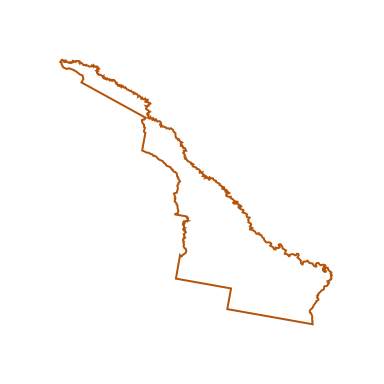 the district of San Diego, Cesar, Colombia, rotated 100°
{"feature_id": "7082276B78047797507683", "entity_name": "San Diego", "entity_type": "district", "adm_level": 2, "iso_a3": "COL", "parent_name": "Colombia", "parent_adm1": "Cesar", "projection": "equal_earth", "projection_center": [-73.366, 10.112], "detail": "fine", "context": "isolated", "style": "outline", "palette": "amber", "viewbox_px": 384, "rotation_deg": 100, "n_neighbors": 0, "source": "geoboundaries", "source_scale": "gbopen_adm2", "svg_char_len": 5971}
<svg xmlns="http://www.w3.org/2000/svg" viewBox="0 0 384 384"><g transform="rotate(100 192 192)"><path d="M247.0,40.9L245.2,44.1L243.1,45.2L243.5,47.2L245.0,48.1L246.7,46.3L247.3,46.5L247.7,47.0L247.2,48.3L246.6,49.2L245.2,49.7L242.8,49.2L241.8,47.7L241.0,48.0L240.7,50.0L241.7,52.4L241.3,53.8L239.9,55.2L240.4,56.8L241.7,57.6L243.4,56.6L244.1,57.0L243.7,59.0L241.5,60.9L241.5,64.0L239.6,66.3L240.8,68.1L241.3,70.2L244.1,70.5L244.2,71.1L242.9,72.5L240.6,72.9L238.1,76.8L236.0,75.9L234.5,76.7L234.7,78.0L235.9,78.5L236.5,79.5L235.8,80.9L235.7,82.4L236.9,84.9L238.2,84.8L238.4,85.4L236.9,87.1L236.7,89.9L233.2,89.3L231.9,93.0L230.3,93.5L228.1,95.7L228.3,96.9L229.2,97.5L231.0,96.0L231.7,96.4L232.3,97.5L232.2,99.9L233.9,99.6L234.2,101.2L232.3,102.6L231.2,105.8L229.6,104.9L228.7,105.4L228.1,107.1L228.7,109.5L228.5,110.6L226.5,112.7L225.3,113.0L224.6,114.6L222.4,116.3L222.3,118.2L221.1,118.5L221.0,119.4L221.9,120.3L221.9,121.4L220.0,123.1L219.0,125.8L218.8,128.4L218.2,128.5L217.0,126.5L215.9,129.0L214.0,128.0L212.8,128.7L212.1,131.2L210.4,131.2L209.4,131.9L207.2,130.9L207.2,133.3L205.9,134.2L204.5,133.8L203.6,135.9L203.3,138.6L201.6,138.0L200.7,138.4L200.6,140.7L199.2,143.5L198.3,143.6L197.9,142.2L198.1,141.2L197.6,140.9L196.9,141.9L196.0,145.0L193.7,145.5L193.7,147.5L195.7,146.8L196.2,148.4L195.9,149.2L195.3,149.6L193.7,148.5L191.9,150.6L191.4,152.8L189.9,153.0L190.4,155.7L189.8,157.6L188.7,157.9L187.8,157.1L186.6,158.0L186.4,157.4L187.1,156.0L186.5,155.1L185.7,156.7L186.0,159.0L185.1,159.4L184.5,158.0L184.0,158.5L183.7,162.6L182.9,162.8L182.2,161.1L181.7,161.3L181.5,163.6L180.6,164.5L180.3,166.2L179.1,166.2L178.0,170.0L176.9,170.3L176.4,172.7L174.9,173.8L175.1,176.1L174.4,177.3L175.1,177.6L176.2,176.6L176.9,177.3L175.1,179.4L176.0,181.4L174.2,180.7L173.8,181.6L174.6,183.0L174.5,184.1L173.0,183.3L171.8,185.4L170.7,185.2L171.7,187.7L170.9,188.0L170.0,187.4L168.4,189.3L168.5,191.4L167.2,191.9L166.6,195.7L165.4,196.3L164.5,195.5L164.2,196.4L164.5,197.6L163.3,197.8L163.2,199.1L161.8,202.3L160.7,203.0L160.4,204.6L159.0,204.2L158.7,205.5L156.8,205.4L155.0,207.4L154.0,206.7L152.7,207.3L152.4,205.0L150.4,206.2L150.0,206.8L150.1,208.4L148.8,209.3L148.5,211.1L147.8,211.2L147.8,209.8L146.1,211.4L145.0,210.3L144.1,212.7L142.3,214.1L143.0,214.7L142.0,215.5L141.6,216.9L139.7,218.0L137.0,218.5L135.5,220.8L134.0,221.6L132.9,224.0L133.9,225.0L133.4,226.1L133.7,228.2L132.8,229.2L132.9,230.2L132.3,231.3L133.1,233.8L132.2,234.4L132.1,233.5L131.1,233.7L131.0,235.1L129.2,234.5L127.9,236.1L128.6,238.4L127.4,239.5L128.2,240.9L127.8,241.3L126.8,240.8L127.0,242.5L126.0,243.3L126.7,244.0L127.6,242.8L127.9,243.5L126.5,244.5L126.9,245.9L125.6,246.1L127.0,247.1L126.8,247.8L124.6,248.2L123.9,249.2L123.2,248.4L122.3,249.6L120.3,247.3L118.1,251.7L116.3,251.4L115.4,252.3L115.5,250.9L114.9,250.7L114.7,249.8L113.9,250.1L112.2,248.3L111.6,248.9L111.5,250.9L110.3,251.5L110.6,252.2L111.3,252.1L111.2,253.5L108.9,252.1L109.2,254.2L108.2,254.5L109.1,255.8L109.1,257.1L107.9,257.4L108.6,258.4L107.3,259.1L106.4,260.7L107.4,261.6L106.6,261.6L105.0,263.5L105.3,266.4L104.2,266.0L103.8,268.6L102.8,269.5L103.3,270.6L102.4,272.3L102.3,273.9L100.4,275.8L101.1,276.6L100.4,277.8L100.5,278.8L99.5,278.9L99.9,280.0L100.8,280.0L100.3,280.7L99.3,280.4L99.3,281.6L100.3,281.6L100.1,283.2L99.3,282.9L98.6,285.4L97.4,285.1L96.9,286.7L96.2,287.1L95.9,288.1L95.3,288.2L95.4,290.1L96.3,290.2L95.4,292.2L96.3,292.4L95.6,293.3L95.5,294.7L94.9,295.1L95.3,296.0L94.9,296.8L95.8,296.3L95.3,299.0L94.1,299.9L93.1,299.6L93.5,300.3L92.5,302.5L92.8,304.1L92.2,305.1L91.7,304.9L91.2,306.2L90.1,306.6L89.4,305.8L89.1,307.2L88.3,306.3L87.6,306.7L86.8,305.0L85.5,306.3L85.6,307.3L84.9,307.6L85.5,308.8L84.8,310.0L85.6,310.5L84.5,311.1L85.4,311.5L84.8,312.5L85.7,312.7L86.3,314.8L85.5,317.3L85.9,318.2L85.2,318.6L85.9,320.9L84.2,322.8L83.9,324.3L84.9,324.7L83.6,325.8L82.8,325.6L82.7,327.5L83.4,329.6L84.0,329.4L83.6,331.9L84.5,331.5L84.8,332.6L85.2,331.3L85.2,333.3L86.0,333.5L86.1,336.2L84.6,339.3L85.0,340.0L85.9,339.3L86.2,340.4L85.6,340.9L84.8,340.5L85.2,341.6L84.3,342.6L84.5,343.2L86.9,344.3L87.4,342.9L88.7,342.7L91.6,340.5L92.6,336.9L91.5,334.6L92.3,330.4L93.2,327.5L95.7,322.7L96.3,320.0L99.5,318.6L103.3,319.9L126.9,250.6L127.5,251.5L128.1,251.0L129.1,251.8L129.6,253.6L130.6,253.7L132.9,252.5L134.2,250.8L136.2,250.6L136.8,249.5L140.4,249.9L141.3,249.4L141.8,248.2L159.7,248.3L161.1,243.1L160.8,241.3L161.6,239.8L161.9,237.6L163.2,236.2L162.9,235.3L163.2,233.8L165.7,230.4L166.7,226.2L168.0,224.9L168.8,223.1L170.4,221.9L171.4,217.4L173.2,216.0L173.2,215.0L174.1,214.8L175.2,213.1L175.2,211.9L176.5,210.2L179.2,209.3L179.9,208.2L180.6,208.4L183.6,205.6L185.6,207.1L186.4,206.6L188.1,207.6L190.8,206.5L195.3,206.9L196.6,209.5L200.7,207.3L201.5,207.9L202.1,207.3L204.4,207.4L205.7,205.4L206.8,205.1L207.3,204.2L210.7,203.3L212.7,202.2L215.3,202.3L216.5,204.6L217.0,204.6L217.0,192.5L217.2,192.9L218.1,191.7L218.5,192.4L219.7,191.3L220.7,191.5L220.9,190.8L221.3,191.7L221.8,191.7L221.6,193.3L222.2,193.5L222.3,194.5L223.0,194.2L223.1,195.2L224.9,195.4L225.0,194.2L226.1,194.9L226.6,194.1L228.3,193.7L228.4,192.9L229.5,193.9L229.8,193.2L230.3,193.6L230.3,192.8L231.1,193.3L231.6,192.9L231.5,192.1L232.6,191.1L234.9,192.7L235.1,192.1L236.7,192.1L237.9,191.1L238.2,191.9L239.0,191.5L240.0,192.6L241.3,192.3L242.3,191.3L242.8,191.8L245.3,190.7L246.7,191.0L248.8,189.5L248.9,188.4L251.0,187.3L253.3,187.8L256.0,190.6L257.2,191.0L257.5,191.7L256.4,192.8L280.1,192.8L280.2,136.8L301.2,136.9L301.3,50.2L299.3,51.0L298.6,50.7L297.2,51.5L293.6,52.0L290.8,53.6L290.3,54.9L288.6,55.4L286.6,54.5L285.5,53.3L282.2,52.4L278.7,50.5L277.8,50.6L276.5,48.9L275.5,48.9L274.2,50.5L272.8,50.1L272.5,50.6L271.6,49.8L270.9,50.2L266.3,47.1L264.9,45.2L262.0,45.3L260.8,42.5L259.1,42.1L258.7,41.5L257.6,41.5L257.3,42.2L257.0,41.7L256.5,42.3L256.5,41.9L256.0,42.2L254.1,40.1L253.8,40.5L252.3,39.7L250.8,40.5L249.4,40.7L249.5,40.0L249.1,40.1L248.0,41.5L247.0,40.9Z" fill="none" stroke="#b45309" stroke-width="2"/></g></svg>